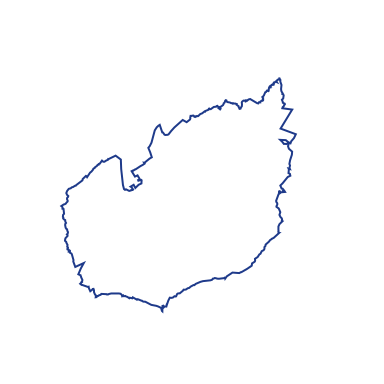 Tlajomulco de Zúñiga, Jalisco, Mexico, rotated 312°
{"feature_id": "50627088B44969093243070", "entity_name": "Tlajomulco de Zúñiga", "entity_type": "district", "adm_level": 2, "iso_a3": "MEX", "parent_name": "Mexico", "parent_adm1": "Jalisco", "projection": "mercator", "projection_center": [-103.397, 20.482], "detail": "fine", "context": "isolated", "style": "outline", "palette": "blue", "viewbox_px": 384, "rotation_deg": 312, "n_neighbors": 0, "source": "geoboundaries", "source_scale": "gbopen_adm2", "svg_char_len": 6019}
<svg xmlns="http://www.w3.org/2000/svg" viewBox="0 0 384 384"><g transform="rotate(312 192 192)"><path d="M92.1,248.5L95.3,247.1L98.6,246.2L99.7,247.7L101.0,248.5L102.8,248.7L103.5,249.9L103.9,250.0L106.2,249.2L107.3,249.5L108.5,250.7L112.5,251.3L113.8,251.1L114.2,251.7L115.6,252.8L117.5,253.2L118.9,254.1L120.8,254.3L123.9,255.4L124.4,256.1L126.1,256.2L130.9,258.4L133.1,259.8L138.7,264.8L140.1,265.6L141.6,265.5L142.0,266.0L143.2,266.4L143.9,267.4L144.5,268.8L145.8,270.3L149.5,273.5L150.2,273.6L150.4,274.1L150.0,274.6L152.6,274.3L159.2,276.0L163.4,281.4L165.0,281.9L165.4,282.3L171.8,284.4L177.2,285.7L179.1,284.4L182.0,285.2L182.7,285.1L183.4,284.7L184.5,283.5L187.6,284.3L190.7,283.8L191.9,284.2L194.7,283.4L196.5,284.1L197.5,284.1L198.3,283.8L199.5,282.7L201.0,282.7L202.2,281.9L206.6,282.4L208.5,282.2L210.3,282.7L210.6,282.6L212.5,283.4L219.6,284.1L219.2,283.7L220.0,283.4L220.4,282.6L220.9,282.5L221.3,281.9L224.2,279.3L226.7,278.5L230.9,278.8L230.7,278.0L231.9,277.3L232.5,276.3L232.6,274.5L233.5,272.3L236.1,271.1L237.4,268.4L237.8,267.4L237.5,264.7L237.9,264.3L239.7,263.8L240.3,263.3L240.7,262.8L241.1,261.2L241.8,260.4L248.3,257.8L249.7,258.1L249.7,257.1L250.7,256.3L251.3,256.6L251.1,258.0L251.4,258.4L254.3,261.1L254.5,260.4L253.5,259.7L253.8,258.8L254.8,259.0L255.1,257.1L254.5,256.3L255.9,253.3L259.1,253.5L267.2,253.1L269.9,254.2L271.0,252.6L270.6,251.1L273.7,248.8L274.0,248.1L274.6,249.4L275.1,248.3L277.3,247.1L278.0,245.6L281.3,243.6L286.5,241.3L289.0,239.4L289.0,235.0L290.3,232.7L292.0,231.9L292.1,231.0L291.6,230.3L290.7,230.0L290.2,229.1L289.2,228.1L289.7,225.5L289.8,222.7L293.3,227.0L293.4,229.7L294.1,232.6L296.1,231.8L300.3,231.7L304.4,230.5L298.4,215.4L320.3,211.3L314.7,203.1L315.8,202.6L317.1,202.8L318.2,202.3L319.2,202.4L319.5,202.1L319.7,201.8L319.1,199.8L319.8,199.0L320.7,197.1L322.5,197.2L325.1,195.5L325.6,194.5L325.3,193.5L326.0,193.3L326.6,191.3L327.0,190.6L328.1,189.3L331.4,186.9L333.1,183.8L334.3,182.8L334.2,182.5L334.4,182.4L335.0,181.0L334.8,180.8L333.8,181.4L332.8,180.5L331.8,180.5L330.6,180.8L330.4,181.5L330.0,180.3L329.7,180.4L329.3,180.1L328.0,180.1L328.0,179.7L327.1,179.8L327.0,180.2L327.2,180.4L326.4,180.9L325.8,180.5L325.0,179.5L323.5,179.8L323.3,179.2L322.2,179.1L321.5,179.5L321.6,179.9L321.0,179.5L320.6,179.7L318.4,181.3L318.0,181.2L317.8,180.0L317.5,179.8L315.8,180.1L315.1,179.7L311.9,180.8L310.4,180.9L309.7,180.7L309.4,181.1L309.4,182.1L308.2,182.6L308.1,183.3L307.6,183.5L307.0,183.4L306.3,182.6L304.9,182.3L304.3,182.8L303.4,181.7L302.2,182.0L301.6,181.0L300.0,173.0L298.6,172.1L296.9,171.9L296.9,171.4L296.1,170.8L296.1,171.4L295.9,171.4L295.9,170.7L295.2,170.8L295.4,170.2L294.4,169.1L292.7,168.8L291.8,169.1L290.6,170.5L289.0,171.7L287.7,171.8L286.4,172.3L285.6,171.7L286.4,169.8L286.9,169.3L286.7,166.7L287.3,166.4L286.6,164.8L285.0,163.2L285.3,162.9L284.2,161.6L283.9,160.3L282.5,158.1L282.5,157.3L283.1,156.2L282.8,155.6L282.0,155.6L280.3,156.4L279.1,156.2L278.5,156.6L277.5,156.9L275.2,156.5L274.2,156.0L273.5,156.7L273.1,157.5L272.2,157.6L272.1,155.6L272.9,155.7L273.3,155.5L272.8,154.3L273.0,153.2L272.3,152.8L271.6,152.9L269.8,151.3L266.1,150.5L265.5,149.8L265.5,148.9L265.1,148.8L264.1,149.2L261.1,147.7L260.4,147.9L260.2,147.4L257.2,146.9L255.5,146.0L252.6,145.8L252.4,145.4L251.3,144.9L251.3,144.5L250.1,144.2L250.2,143.7L249.5,143.4L249.8,142.2L249.7,141.8L248.6,140.9L248.3,140.9L247.6,140.0L246.1,140.9L245.5,141.6L244.5,142.0L240.3,141.3L239.3,136.9L228.1,135.7L223.4,135.7L219.1,136.0L218.2,135.6L216.5,134.0L216.2,133.2L216.8,130.6L216.4,130.0L220.3,123.1L218.8,122.7L216.5,122.5L212.9,123.1L201.5,128.9L197.7,129.9L195.6,130.0L193.5,134.4L190.9,138.9L188.4,138.1L181.9,137.1L181.7,136.8L181.4,137.8L179.3,137.3L176.8,136.4L171.0,134.9L170.8,134.6L168.3,134.0L168.4,133.7L167.1,133.2L165.3,139.3L167.9,140.4L166.5,144.9L164.8,144.0L164.5,144.6L167.0,146.1L167.0,146.7L164.5,148.7L161.7,147.5L157.1,147.2L158.3,143.8L154.9,142.8L155.1,143.8L154.4,146.6L153.7,146.5L152.7,145.5L152.3,145.6L150.8,144.6L149.8,141.1L148.8,140.8L148.7,139.5L151.0,136.0L161.7,124.0L168.5,117.4L167.9,110.9L160.5,107.9L160.4,107.7L159.9,108.0L157.4,107.0L155.9,106.7L155.1,105.8L155.1,104.1L151.3,104.5L150.6,104.0L149.8,104.3L149.6,103.9L148.7,103.7L147.4,103.9L145.9,103.4L144.5,103.6L143.9,103.2L143.3,103.1L142.3,103.5L139.8,103.6L138.2,103.3L132.8,104.1L133.1,102.8L133.0,102.4L128.5,102.1L127.3,102.8L119.5,101.3L118.9,101.4L118.2,100.8L116.2,100.3L114.9,99.5L113.6,99.4L111.9,98.3L109.2,98.5L107.1,99.3L106.3,101.0L106.2,102.8L105.2,103.2L104.3,103.1L103.5,103.5L103.0,104.0L102.4,105.4L101.7,105.9L99.9,105.8L99.0,106.0L97.7,105.6L96.9,105.0L94.1,104.3L94.1,105.6L93.8,106.3L92.9,106.9L93.4,107.9L90.2,111.5L88.8,111.5L88.3,111.8L87.1,112.7L87.0,113.4L86.1,114.0L86.0,115.5L86.3,116.5L85.2,117.7L84.7,119.1L83.4,119.2L82.5,119.9L80.9,122.0L80.5,123.4L80.7,124.1L79.7,125.4L79.2,126.7L78.0,127.4L76.8,127.4L76.8,128.2L76.1,128.9L72.9,128.9L71.0,130.0L70.7,130.5L70.8,131.8L70.1,132.9L69.4,134.9L67.8,135.9L67.8,136.9L67.4,137.3L66.2,137.5L66.0,137.9L66.6,139.1L65.3,140.2L66.4,140.8L65.2,141.9L65.6,143.5L65.3,144.4L62.1,149.5L61.0,150.2L60.7,150.7L58.2,155.4L66.8,159.1L60.6,160.6L54.8,162.6L55.5,164.8L55.3,164.9L55.0,166.0L54.5,166.6L53.3,169.4L52.4,170.0L51.2,170.1L51.2,170.5L49.0,170.3L49.1,172.2L49.5,172.7L51.9,178.4L52.4,178.6L51.5,179.8L50.2,182.8L52.5,183.2L53.5,183.1L54.1,183.6L53.4,184.9L52.0,186.2L51.0,188.3L51.0,189.1L49.8,190.7L49.4,190.9L50.0,191.4L51.1,191.0L52.1,191.9L53.0,192.0L54.5,192.9L55.6,192.8L59.0,197.0L58.9,197.3L59.7,198.2L60.6,198.5L62.6,199.9L67.7,205.6L68.6,207.0L68.5,208.8L67.8,209.9L68.3,210.1L68.7,209.8L69.2,210.0L69.0,211.2L70.1,212.0L70.2,212.8L70.8,214.2L71.1,216.5L71.8,216.5L73.1,218.8L74.1,218.5L75.1,223.1L75.7,223.0L76.2,223.8L77.5,227.4L77.7,227.5L77.9,229.1L79.2,230.7L80.9,237.3L83.5,241.6L84.3,243.5L85.2,246.6L83.5,249.2L83.5,249.8L87.6,246.3L88.2,246.7L87.2,248.2L88.7,248.3L89.7,249.6L91.1,248.9L91.4,248.5L92.0,248.3L92.1,248.5Z" fill="none" stroke="#1e3a8a" stroke-width="2"/></g></svg>